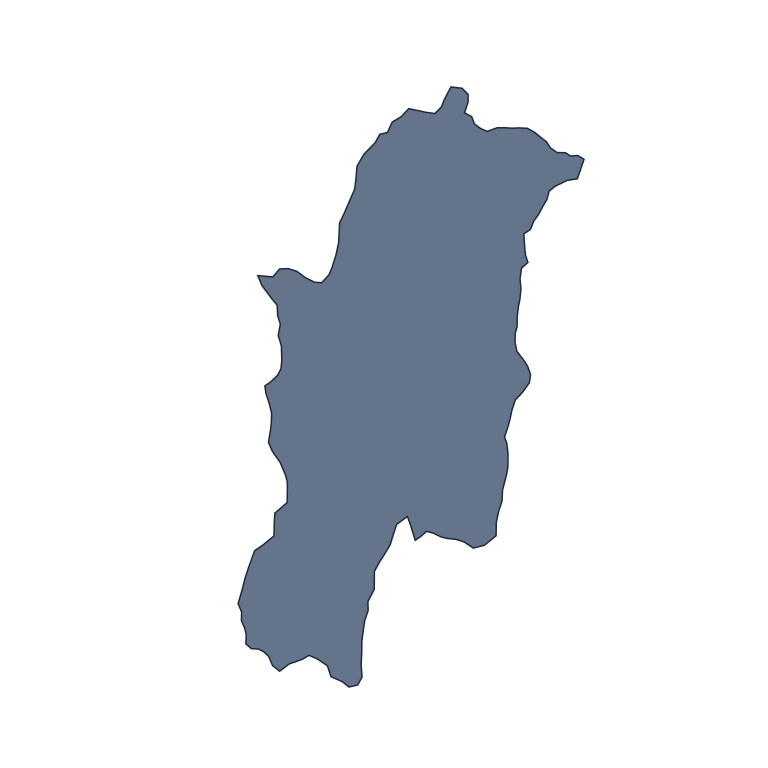 the district of Bernardino de Campos, São Paulo, Brazil, rotated 198°
{"feature_id": "56859067B18982964690410", "entity_name": "Bernardino de Campos", "entity_type": "district", "adm_level": 2, "iso_a3": "BRA", "parent_name": "Brazil", "parent_adm1": "São Paulo", "projection": "natural_earth1", "projection_center": [-49.494, -23.025], "detail": "fine", "context": "isolated", "style": "filled", "palette": "slate", "viewbox_px": 768, "rotation_deg": 198, "n_neighbors": 0, "source": "geoboundaries", "source_scale": "gbopen_adm2", "svg_char_len": 2303}
<svg xmlns="http://www.w3.org/2000/svg" viewBox="0 0 768 768"><g transform="rotate(198 384 384)"><path d="M441.1,108.8L437.6,103.1L435.0,94.0L428.2,91.3L421.8,93.1L415.9,92.3L409.5,89.3L402.9,81.7L394.5,78.6L387.7,88.4L381.9,92.8L376.2,97.3L371.5,102.8L362.3,101.9L350.7,98.5L343.9,89.2L332.1,88.1L323.7,85.0L316.0,89.6L314.3,98.5L318.9,109.7L322.0,121.0L325.6,132.7L327.2,141.1L329.2,152.6L329.1,163.7L332.1,172.2L329.8,185.6L335.2,202.8L333.3,213.2L330.7,222.9L328.4,233.2L328.6,242.8L328.6,254.3L320.8,265.3L315.3,258.2L306.0,245.0L301.9,250.4L297.9,257.0L290.9,257.4L282.8,256.2L276.8,256.5L267.4,258.5L258.8,258.5L248.4,255.5L238.7,261.6L230.5,274.3L234.4,287.0L235.6,298.1L235.6,309.2L238.5,319.9L239.4,335.3L240.4,342.9L244.5,356.1L249.0,365.7L253.0,370.9L252.9,381.8L253.3,389.5L254.3,399.3L254.2,409.3L249.8,418.6L246.1,430.1L247.5,438.2L253.0,445.4L259.4,450.5L267.7,456.1L272.3,464.2L274.8,472.6L275.2,480.1L278.0,488.7L280.0,498.5L280.9,506.4L283.1,516.7L287.1,526.0L289.0,536.7L284.7,544.1L289.4,550.5L293.5,560.1L297.4,570.1L292.5,576.2L291.9,585.2L289.3,593.3L287.8,602.1L286.1,609.7L286.5,618.5L282.2,625.1L272.8,634.2L263.6,638.9L263.3,649.9L263.2,659.5L270.3,661.2L276.9,658.5L283.2,660.0L290.9,657.6L298.7,660.0L304.4,664.6L310.6,666.8L318.2,669.8L326.6,671.5L335.0,669.2L341.4,666.8L347.5,665.3L355.5,662.7L363.9,656.2L370.9,656.8L378.3,659.2L383.2,665.3L391.2,666.8L391.2,678.4L393.5,685.4L401.2,689.4L412.1,687.2L413.4,680.0L414.6,672.7L415.0,665.3L419.1,657.0L428.4,655.3L435.9,654.6L445.6,653.5L450.3,643.5L457.1,635.7L458.5,624.2L465.1,620.3L467.0,610.8L474.1,596.3L477.0,582.8L474.1,570.5L472.1,560.5L473.8,542.9L474.5,534.8L476.0,523.3L470.9,504.9L469.6,492.6L469.4,479.2L470.0,471.1L474.5,461.1L481.5,459.3L491.6,460.8L501.5,464.2L510.7,464.2L518.9,461.1L522.8,451.5L537.5,448.1L530.8,440.1L517.0,430.4L509.9,425.8L506.3,416.2L501.1,408.9L499.6,397.4L493.4,388.6L488.6,375.2L486.7,366.7L487.9,359.5L492.2,351.3L496.7,345.3L493.2,338.3L487.4,330.4L481.9,321.6L479.3,312.7L477.8,305.7L475.8,292.7L469.3,285.4L458.5,277.3L450.4,268.0L445.8,261.3L443.0,252.8L439.5,241.3L447.9,227.4L445.8,219.3L441.7,205.5L449.7,193.0L455.5,185.6L456.1,167.1L456.1,156.0L455.3,144.1L454.9,130.0L448.9,123.1L446.5,114.9L441.1,108.8Z" fill="#64748b" stroke="#1e293b" stroke-width="1.5"/></g></svg>